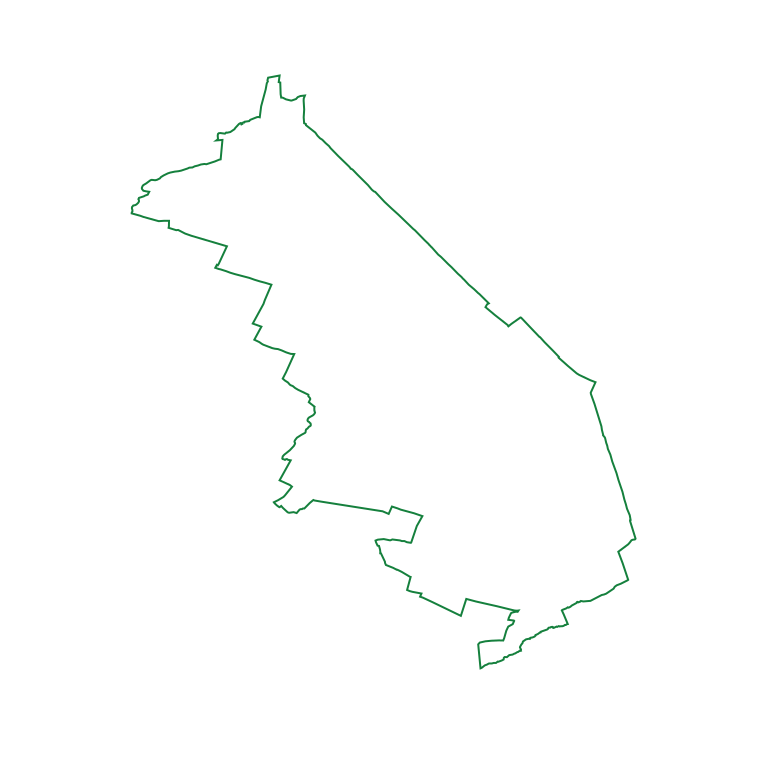 outline of Plugari, Iasi, Romania, rotated 139°
{"feature_id": "2599482B58803848767416", "entity_name": "Plugari", "entity_type": "district", "adm_level": 2, "iso_a3": "ROU", "parent_name": "Romania", "parent_adm1": "Iasi", "projection": "natural_earth1", "projection_center": [27.117, 47.485], "detail": "fine", "context": "isolated", "style": "outline", "palette": "green", "viewbox_px": 768, "rotation_deg": 139, "n_neighbors": 0, "source": "geoboundaries", "source_scale": "gbopen_adm2", "svg_char_len": 6078}
<svg xmlns="http://www.w3.org/2000/svg" viewBox="0 0 768 768"><g transform="rotate(139 384 384)"><path d="M252.0,376.1L253.0,389.4L253.3,390.9L253.8,396.4L254.9,403.3L255.1,410.2L255.3,411.8L255.3,414.0L255.9,418.7L256.4,427.9L256.9,432.4L257.6,442.6L258.2,446.1L258.3,455.9L258.5,457.0L258.4,458.1L258.6,459.2L258.5,460.3L259.0,465.8L259.8,479.7L260.2,481.9L262.0,502.3L263.1,511.3L264.1,521.1L264.6,534.7L265.3,536.1L265.7,538.7L265.6,544.6L266.7,559.6L267.0,565.9L267.2,567.0L267.9,568.4L267.7,568.8L267.7,571.2L269.0,586.2L269.6,597.0L269.4,599.6L270.0,603.9L270.3,608.8L271.1,611.5L271.3,615.0L270.9,618.8L273.1,630.5L272.4,631.5L273.2,633.2L269.7,637.9L264.2,643.5L258.8,650.5L257.3,652.1L254.4,653.6L258.2,656.2L260.9,657.1L263.4,656.8L267.7,658.5L268.3,659.0L271.2,663.1L272.4,666.1L272.8,666.8L273.7,667.6L271.9,670.5L264.5,679.6L265.4,680.9L260.4,685.3L270.5,691.2L272.7,689.7L273.1,688.6L275.1,687.9L280.1,683.9L294.5,674.2L302.8,666.8L303.6,667.9L304.7,668.7L311.6,671.1L313.3,670.9L317.0,673.3L317.8,673.0L318.2,673.6L319.0,673.8L319.7,673.6L320.1,673.2L321.3,673.5L321.2,673.9L320.7,674.4L320.7,674.8L321.2,675.1L322.9,675.4L328.3,674.8L329.7,674.4L334.7,675.0L337.6,676.6L338.1,677.3L339.8,677.3L342.9,680.8L344.3,681.7L345.3,681.6L346.7,680.4L348.3,678.1L349.3,677.7L350.7,677.8L345.8,674.2L359.9,660.7L361.4,661.5L365.6,662.9L373.9,666.4L375.2,667.9L378.2,669.8L381.0,670.9L384.1,672.5L386.5,673.1L389.0,675.0L390.8,675.5L397.1,678.1L399.6,679.5L402.5,681.5L406.6,683.8L409.0,684.8L413.5,686.0L416.7,686.5L418.2,686.2L421.3,687.0L423.0,687.9L425.4,690.5L426.6,691.0L431.9,691.4L435.2,692.0L436.6,691.7L438.2,690.8L438.7,689.9L438.8,687.7L437.0,685.3L435.1,683.1L438.1,681.9L440.9,683.0L442.1,683.2L446.8,685.2L448.1,684.6L448.3,683.6L449.2,682.5L450.6,682.0L453.1,681.9L454.6,682.3L456.1,683.2L458.2,682.8L459.2,681.7L459.6,680.6L460.5,679.4L461.9,678.9L462.5,678.3L457.6,670.9L456.0,668.0L447.2,654.7L442.7,651.3L439.2,648.2L442.9,644.1L444.1,643.2L439.9,636.4L438.3,635.3L435.4,628.0L432.1,622.2L412.2,591.0L429.9,583.1L431.6,582.6L431.9,583.6L435.1,582.4L433.2,579.1L432.2,577.8L429.1,572.7L427.0,568.8L424.4,564.7L416.0,552.4L413.3,547.6L410.3,542.8L407.3,538.4L403.8,532.8L418.9,525.5L422.4,523.5L443.4,515.7L438.9,507.7L452.8,502.5L450.6,497.4L449.9,494.5L449.3,492.8L444.8,484.4L443.2,482.2L441.1,479.9L439.2,476.5L437.0,471.9L434.6,467.9L432.1,465.5L450.1,457.2L456.9,454.5L456.5,451.6L455.5,448.2L455.5,445.3L455.2,444.2L454.2,442.3L453.7,439.2L452.6,435.9L448.1,425.5L449.1,424.4L449.1,422.1L449.5,421.0L452.7,419.6L451.3,412.4L452.0,412.0L454.1,409.5L454.1,409.1L454.6,408.4L454.7,407.8L455.5,407.3L456.9,407.0L458.3,407.0L462.5,407.9L463.7,407.8L464.8,407.4L465.7,406.6L465.9,405.8L465.4,404.3L465.5,403.8L465.3,402.4L466.1,401.1L466.7,400.7L467.5,400.7L468.6,401.0L471.0,400.6L472.6,400.8L473.6,400.2L474.8,399.1L475.6,398.9L479.6,399.8L484.9,400.6L487.5,400.1L489.1,399.5L489.5,399.1L489.9,397.7L490.3,397.3L492.6,396.4L498.4,395.8L505.7,396.1L507.9,395.8L509.5,394.6L509.7,394.4L509.7,393.8L508.9,392.7L508.5,391.7L507.2,391.5L506.5,391.0L506.2,389.8L504.5,387.6L526.0,379.8L521.3,369.5L520.8,366.9L531.8,364.9L533.9,364.7L540.2,365.8L544.7,367.0L544.8,365.8L544.5,362.6L543.9,360.0L543.6,359.5L541.6,359.4L541.6,356.9L540.9,350.6L540.6,349.8L540.0,349.0L536.3,346.6L534.6,343.9L530.1,344.6L529.0,344.2L528.0,343.4L526.8,343.2L525.8,342.3L518.1,342.9L513.4,342.8L512.9,341.7L508.3,336.1L469.3,289.7L468.6,288.9L465.7,282.9L458.4,286.3L455.4,281.3L453.8,278.2L446.1,266.7L441.7,259.1L452.4,255.3L467.3,246.6L467.9,246.5L470.5,249.6L471.6,252.0L473.6,253.8L474.6,255.5L479.7,261.2L481.6,261.8L482.3,262.4L485.9,267.1L490.8,270.6L493.1,271.4L493.9,269.7L494.9,266.2L494.0,265.1L495.6,261.7L496.7,260.0L497.9,258.7L497.4,258.2L499.9,249.2L500.5,248.5L501.3,246.2L497.7,239.2L496.3,235.6L496.1,235.6L495.3,234.0L493.9,230.6L490.9,221.5L490.5,220.9L501.7,213.4L500.5,210.9L498.9,208.5L493.2,201.3L496.3,199.8L494.9,197.4L490.5,187.5L478.1,158.6L462.9,167.8L457.2,159.4L444.5,142.1L435.4,129.2L434.0,127.3L432.3,125.6L431.1,124.8L432.6,124.4L433.8,125.6L437.2,127.4L438.5,127.7L443.1,125.7L444.9,124.5L441.2,120.3L441.2,119.8L444.4,118.3L449.4,119.4L453.5,117.6L460.1,113.3L462.3,112.2L465.5,115.1L471.4,119.8L476.3,123.3L481.3,126.0L483.7,125.7L497.7,106.1L496.5,105.7L492.5,105.5L490.4,104.7L488.4,104.3L487.6,103.8L485.9,102.3L484.2,101.5L482.5,100.0L480.3,99.9L480.0,99.4L476.6,98.1L474.5,97.6L473.2,98.7L472.1,98.8L470.4,97.2L467.3,97.2L464.4,95.4L462.5,95.0L461.8,94.6L459.3,94.2L458.6,93.8L457.2,93.7L455.7,92.9L455.5,93.5L455.2,93.4L454.8,93.7L454.2,96.0L453.7,96.4L451.2,97.3L449.6,97.5L448.1,98.5L444.3,98.1L441.5,96.5L441.2,95.9L440.8,95.9L440.4,96.4L439.8,96.3L438.2,95.3L436.1,94.6L434.7,94.7L434.5,95.1L434.2,95.1L432.1,94.4L429.8,94.2L428.8,93.8L428.5,94.2L428.0,94.1L422.0,91.7L421.0,91.6L420.5,91.9L419.6,92.0L418.1,91.0L417.3,91.0L416.1,90.1L416.0,89.9L416.4,89.3L416.0,88.6L412.9,87.7L412.7,87.1L410.9,86.6L410.6,85.9L409.4,85.1L408.2,84.1L407.0,83.6L405.6,83.5L405.0,82.9L403.5,82.7L402.8,82.3L399.5,92.3L398.3,96.5L397.6,96.5L393.7,95.1L391.8,94.9L391.5,94.2L390.8,93.9L389.4,93.6L387.6,93.6L382.2,92.4L381.6,92.8L381.0,92.7L380.4,91.6L379.4,91.4L379.1,91.1L377.8,91.1L376.2,89.1L370.5,84.9L358.1,81.9L356.1,80.8L353.9,80.0L345.0,78.9L342.9,79.6L340.4,79.4L336.3,77.9L328.8,76.0L328.2,76.0L321.5,92.1L317.2,103.7L304.9,102.8L302.6,103.1L299.7,103.7L298.3,103.2L296.7,102.1L296.0,102.1L295.6,102.3L288.1,119.3L287.6,119.8L287.1,119.6L284.6,123.8L282.4,130.5L280.4,134.5L278.4,139.1L274.8,146.1L270.1,157.6L267.0,164.2L262.6,175.7L259.5,182.2L257.6,188.2L256.0,191.0L254.9,193.8L252.7,198.0L252.4,198.8L252.3,201.6L251.9,201.9L249.7,206.3L247.7,209.4L238.2,230.9L234.4,240.7L233.7,241.8L223.2,246.6L225.8,251.5L230.7,262.7L231.6,265.6L233.3,276.6L234.9,288.9L234.9,289.4L234.2,289.7L234.6,298.0L235.4,310.2L235.5,317.0L235.8,317.4L236.2,325.8L237.0,344.1L237.4,344.7L248.5,345.8L252.3,345.9L252.3,346.3L252.0,346.6L252.0,347.3L255.1,363.5L257.0,375.4L253.9,376.5L252.0,376.1Z" fill="none" stroke="#15803d" stroke-width="2"/></g></svg>